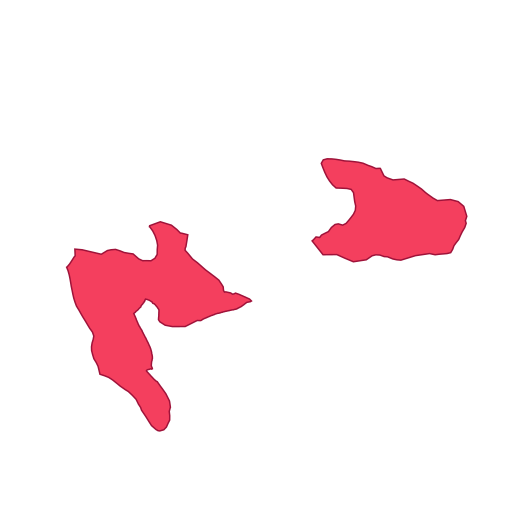 outline of Hajjah, Hajjah, Yemen, rotated 143°
{"feature_id": "15242507B46820158657484", "entity_name": "Hajjah", "entity_type": "district", "adm_level": 2, "iso_a3": "YEM", "parent_name": "Yemen", "parent_adm1": "Hajjah", "projection": "equal_earth", "projection_center": [43.581, 15.658], "detail": "fine", "context": "isolated", "style": "filled", "palette": "rose", "viewbox_px": 512, "rotation_deg": 143, "n_neighbors": 0, "source": "geoboundaries", "source_scale": "gbopen_adm2", "svg_char_len": 6145}
<svg xmlns="http://www.w3.org/2000/svg" viewBox="0 0 512 512"><g transform="rotate(143 256 256)"><path d="M323.5,343.5L323.3,343.1L323.4,338.1L324.3,333.1L326.0,328.0L328.1,323.8L330.9,320.7L334.0,316.7L336.3,315.8L338.1,315.0L340.3,315.2L342.8,315.4L346.0,318.0L349.4,320.5L351.4,324.3L352.9,331.6L354.4,333.1L356.0,334.7L358.7,337.6L359.2,338.1L361.4,341.8L364.2,345.8L368.0,348.2L371.4,349.8L378.5,350.5L391.1,365.6L396.5,370.5L400.3,365.0L402.0,364.6L405.7,363.2L409.6,361.8L413.2,361.0L414.0,361.0L414.9,357.5L416.5,353.4L418.2,349.8L420.0,346.3L421.8,342.9L423.5,339.3L425.2,335.8L426.9,332.0L428.3,328.1L429.5,324.1L429.8,321.2L429.9,319.8L430.5,315.4L431.0,311.3L431.2,309.0L431.4,306.8L432.3,298.5L432.4,293.7L433.7,289.7L436.3,287.3L439.2,285.2L442.0,282.5L444.2,279.4L445.8,275.6L447.3,271.5L447.7,267.1L448.5,263.0L450.1,259.3L451.3,256.6L451.8,255.5L449.0,251.5L446.7,247.7L445.1,243.3L443.9,238.6L442.7,233.6L441.1,228.8L440.9,228.1L439.5,224.6L438.6,219.3L438.0,213.7L438.9,209.0L439.0,208.8L439.3,204.5L440.2,201.8L440.6,194.1L441.1,188.5L441.5,183.4L440.3,177.7L439.4,175.5L438.1,174.2L434.2,172.7L430.5,173.3L427.1,175.2L423.7,176.9L421.0,180.4L418.8,184.1L415.5,186.7L415.4,186.7L412.7,191.6L412.3,192.5L410.9,200.2L410.7,206.3L410.7,210.0L410.5,215.1L410.7,215.3L410.8,215.7L411.0,216.1L411.2,216.7L411.3,217.5L411.5,218.2L411.6,218.8L411.7,219.7L411.8,220.3L411.8,221.3L412.0,222.2L412.0,223.0L412.2,223.7L412.2,224.6L412.2,225.7L412.4,226.1L412.4,226.5L412.4,226.9L412.4,227.3L412.5,227.8L412.6,228.5L412.6,229.3L412.7,229.9L412.6,230.3L411.9,230.5L411.5,230.5L411.1,230.5L409.1,229.6L408.2,229.4L407.4,228.4L406.6,228.3L406.2,229.3L406.0,230.4L405.5,231.6L402.9,234.5L402.4,234.8L401.9,235.2L401.5,235.5L401.1,236.1L400.5,236.4L400.1,236.9L399.7,237.5L399.4,237.9L399.1,238.4L398.7,239.2L398.3,240.0L398.0,241.0L397.7,241.3L397.4,241.8L397.2,242.2L397.0,242.7L396.8,243.2L396.5,243.9L396.4,244.4L396.1,244.8L395.9,245.6L395.7,246.4L395.5,246.8L395.4,247.2L395.3,247.9L395.1,248.7L395.0,249.4L394.9,249.6L394.8,250.1L394.5,251.2L394.5,251.6L394.3,252.0L394.3,252.6L394.2,253.1L394.1,253.8L393.9,254.3L393.9,254.8L393.7,255.6L393.4,256.7L393.4,257.6L393.1,259.2L392.9,260.2L392.8,261.1L392.7,261.7L392.5,262.2L392.5,262.7L392.4,263.4L392.2,264.1L392.2,264.6L391.9,265.0L391.9,265.6L391.8,266.2L391.8,267.1L391.7,267.9L391.7,268.5L391.5,269.0L391.5,269.4L391.4,269.9L391.4,270.3L391.5,270.8L391.2,271.4L391.1,272.2L391.1,272.6L390.8,273.2L390.7,273.8L390.5,274.5L390.4,275.2L390.2,275.8L390.0,276.6L389.9,277.3L389.6,277.8L389.5,278.2L389.4,278.6L389.4,279.0L389.2,279.4L389.0,280.0L389.0,280.5L388.9,280.9L388.7,281.4L388.7,281.8L388.4,282.7L388.3,283.6L387.7,283.7L386.6,283.7L386.3,283.7L386.0,283.7L385.5,284.0L384.1,284.0L383.2,284.0L381.9,284.2L380.8,284.5L380.4,284.5L380.0,284.6L378.8,284.6L378.2,285.0L377.9,285.3L377.4,285.4L377.0,285.6L376.4,285.7L375.6,285.8L375.1,286.0L374.5,286.2L374.2,286.3L373.6,286.3L373.1,286.7L372.8,286.7L372.5,286.9L372.1,286.9L371.7,287.1L371.5,287.5L371.2,287.5L370.8,287.8L370.2,288.1L369.6,287.4L369.2,286.9L368.9,286.6L368.7,286.1L368.3,285.6L368.0,285.1L367.6,284.3L367.4,283.7L367.2,283.3L367.0,282.4L366.7,282.0L366.7,281.6L366.9,280.5L366.6,279.8L366.0,279.1L366.0,278.6L365.9,278.1L365.8,277.7L365.8,276.1L365.7,275.6L365.7,274.5L365.7,273.9L365.8,273.4L365.8,272.9L365.8,272.4L366.0,271.3L366.8,270.2L367.6,269.3L368.1,268.6L368.7,268.0L369.1,267.3L369.7,266.7L370.0,266.3L370.8,265.5L371.0,265.2L371.2,264.9L371.6,264.6L372.2,263.8L372.4,261.3L370.2,255.4L365.2,249.9L355.0,242.3L341.8,239.9L339.2,237.8L338.7,237.6L338.2,237.6L337.7,237.5L336.9,237.5L336.5,237.5L335.9,237.3L335.5,237.3L335.0,237.2L334.5,237.0L334.2,237.0L333.6,236.8L333.3,236.7L333.0,236.6L332.4,236.6L332.1,236.4L331.5,236.3L331.1,236.2L330.7,236.1L330.1,236.0L329.7,235.8L329.1,235.7L328.7,235.6L327.4,235.3L326.2,234.8L325.8,234.8L324.5,234.3L324.1,234.3L322.9,234.0L322.3,233.7L321.1,233.3L320.6,233.0L320.0,232.6L319.2,232.4L318.8,232.1L317.9,231.9L317.3,231.7L316.9,231.4L316.2,231.2L315.6,231.0L314.9,230.7L314.4,230.4L313.9,230.3L313.1,229.9L312.6,229.6L312.0,229.4L311.3,229.0L311.0,229.0L310.1,228.4L309.6,228.3L309.0,228.0L308.4,227.7L307.8,227.5L307.5,227.3L306.8,226.9L306.2,226.5L305.8,226.5L305.4,226.3L305.0,226.1L304.2,225.7L303.8,225.6L303.5,225.4L303.1,225.4L302.7,225.2L302.3,225.3L301.8,225.1L301.4,225.1L300.9,225.1L300.2,224.8L299.8,224.8L299.4,224.8L299.0,224.6L298.7,224.6L298.2,224.5L296.0,224.5L295.6,224.5L295.3,224.4L294.9,224.5L293.6,224.5L292.5,224.5L291.8,224.5L291.2,224.5L288.0,222.9L286.7,222.8L287.1,225.6L292.7,235.7L294.7,238.7L296.4,239.0L297.7,239.6L298.5,241.8L301.7,245.5L302.9,246.2L302.7,248.0L301.4,250.1L300.8,251.0L300.5,253.8L300.2,259.1L301.5,264.2L304.7,275.4L306.8,285.7L308.5,291.8L308.8,299.0L309.2,303.2L307.8,304.9L306.4,305.6L302.1,309.7L297.7,314.0L301.6,318.9L302.6,319.8L303.3,324.9L305.0,331.5L311.8,340.9L322.7,344.2L323.5,343.5ZM96.8,142.2L94.9,143.0L91.7,145.1L88.1,146.2L84.2,147.2L80.7,149.2L76.8,151.2L72.2,153.1L68.5,155.6L67.5,158.2L63.8,160.8L60.2,170.6L61.8,177.8L66.8,184.1L77.8,191.1L79.8,195.8L81.2,200.3L81.8,202.2L82.5,204.8L83.5,209.8L85.1,214.7L86.7,219.3L86.8,219.6L89.0,223.7L91.3,228.3L100.8,234.3L104.3,239.6L105.6,243.0L104.0,251.1L104.2,251.4L104.9,251.9L107.6,253.7L109.8,257.7L112.3,261.4L112.4,261.7L114.7,265.7L117.9,269.4L121.2,272.6L124.3,275.5L128.1,278.7L131.0,282.0L133.9,285.0L136.9,287.8L140.7,290.8L144.4,292.3L148.1,290.7L149.4,286.3L150.7,281.4L151.7,276.5L152.1,271.7L152.0,266.8L151.1,262.1L147.5,259.2L142.7,255.2L139.9,251.9L140.0,247.9L144.4,240.1L146.3,235.9L149.2,232.7L153.0,230.7L156.5,229.7L160.4,228.7L164.4,227.8L168.2,228.5L170.9,232.1L173.9,233.6L178.6,233.4L183.5,231.9L187.1,232.6L191.1,233.3L194.0,232.5L196.6,235.1L200.2,234.4L202.1,234.3L201.7,216.7L190.6,208.5L188.4,204.5L186.2,200.5L183.9,196.6L181.7,192.8L170.2,186.6L163.1,186.3L159.5,184.8L156.4,182.1L154.0,178.4L151.5,176.3L148.5,171.3L145.8,168.2L142.8,165.5L128.4,160.3L119.6,155.5L115.9,153.5L112.2,149.2L108.5,147.1L105.2,145.0L102.0,143.0L98.5,141.5L96.8,142.2Z" fill="#f43f5e" stroke="#9f1239" stroke-width="1.5"/></g></svg>